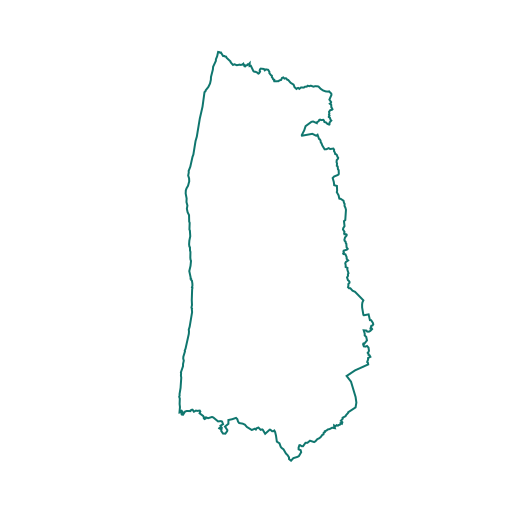 the district of Vangaindrano, Atsimo-Atsinanana, Madagascar, rotated 168°
{"feature_id": "10022922B74242760889111", "entity_name": "Vangaindrano", "entity_type": "district", "adm_level": 2, "iso_a3": "MDG", "parent_name": "Madagascar", "parent_adm1": "Atsimo-Atsinanana", "projection": "mercator", "projection_center": [47.342, -23.586], "detail": "fine", "context": "isolated", "style": "outline", "palette": "teal", "viewbox_px": 512, "rotation_deg": 168, "n_neighbors": 0, "source": "geoboundaries", "source_scale": "gbopen_adm2", "svg_char_len": 6069}
<svg xmlns="http://www.w3.org/2000/svg" viewBox="0 0 512 512"><g transform="rotate(168 256 256)"><path d="M264.3,48.5L261.5,50.5L257.1,50.9L255.6,51.4L252.6,54.7L252.7,56.8L254.5,58.0L254.2,59.7L252.9,61.9L252.3,61.9L250.9,60.5L249.5,60.2L246.4,63.0L244.5,62.6L241.6,64.1L237.8,61.9L236.4,62.4L234.1,64.1L232.0,64.6L230.3,65.5L228.4,67.2L227.1,67.5L226.5,69.1L225.3,69.4L225.1,70.3L223.4,70.6L221.8,71.4L220.0,71.4L217.2,72.2L214.7,71.2L215.0,73.0L214.8,74.0L213.7,72.9L212.3,73.8L211.2,73.0L210.3,73.5L209.1,73.5L208.5,73.9L208.1,74.9L206.9,74.0L206.1,75.4L207.2,77.2L205.0,78.8L204.9,79.8L201.7,80.7L200.9,81.7L198.5,83.4L198.3,84.0L190.1,87.2L188.3,91.7L187.9,97.4L189.2,113.3L192.3,119.8L182.7,123.6L168.8,126.6L168.7,128.1L169.3,129.2L167.9,131.4L167.6,132.9L165.1,133.6L165.6,135.3L166.5,135.9L166.3,136.7L166.9,138.0L165.7,139.0L165.2,139.9L165.0,143.0L166.1,144.9L167.7,144.6L169.3,145.2L169.6,147.2L169.4,147.8L169.1,148.1L168.4,147.6L165.0,150.4L165.0,154.0L166.2,155.7L165.8,157.5L166.1,160.9L163.5,160.1L163.1,159.1L162.6,158.8L161.3,158.5L159.7,159.0L157.6,160.4L157.9,161.2L159.0,161.4L157.7,163.8L156.5,163.8L155.5,164.8L155.6,166.3L156.6,168.9L156.9,169.4L157.9,169.6L158.0,175.5L162.8,175.6L163.2,176.1L162.9,183.6L162.3,186.5L161.6,188.4L160.2,190.3L166.6,200.4L168.8,202.0L170.4,204.8L171.7,205.1L172.5,206.4L171.9,207.4L171.5,209.4L170.2,210.3L169.9,211.1L170.2,212.1L171.1,213.3L171.4,216.1L170.1,217.5L169.9,219.1L169.1,219.9L169.5,223.7L169.0,225.3L170.6,226.6L170.2,228.4L170.2,230.4L169.3,231.5L166.8,232.5L167.9,234.4L167.6,236.1L168.2,239.1L170.0,239.7L170.2,240.4L169.3,241.2L169.5,242.4L169.1,243.0L165.8,243.3L164.8,243.9L165.6,245.7L165.1,249.2L165.5,250.0L165.4,251.5L166.1,252.3L166.2,253.4L165.1,255.6L163.1,257.2L162.9,258.1L163.6,258.7L165.0,258.9L165.1,259.9L164.4,261.2L165.4,263.9L164.8,265.2L163.2,266.8L162.7,271.8L161.2,272.6L158.4,282.5L158.5,284.6L159.0,286.6L158.5,288.5L158.9,289.8L158.9,291.9L161.4,294.4L162.5,294.7L162.6,295.3L162.6,298.1L163.7,301.7L163.1,302.9L162.3,307.7L164.8,309.0L164.5,312.2L164.8,316.3L163.1,317.5L159.3,318.2L158.3,318.6L157.9,319.3L157.3,322.8L157.8,323.8L157.5,326.6L158.2,327.4L157.5,329.7L157.7,331.1L157.1,333.0L155.5,334.2L155.2,335.1L155.8,336.3L155.8,337.7L156.4,338.8L157.3,339.2L157.4,341.0L157.9,342.4L157.5,343.6L158.0,345.0L161.2,345.2L162.5,346.4L164.9,345.8L166.7,346.1L168.2,350.4L168.5,352.7L169.0,353.5L168.9,355.5L169.3,356.8L170.0,357.4L170.6,361.8L172.1,361.1L175.5,363.8L186.0,364.1L186.1,364.7L182.7,368.9L180.5,372.7L173.9,375.7L172.2,375.7L168.9,373.3L168.5,374.2L166.7,374.8L165.9,375.9L165.0,376.1L164.1,375.4L161.8,375.2L161.4,374.4L161.2,372.8L159.8,372.1L158.7,370.4L157.1,369.3L156.8,369.4L156.3,371.3L154.2,372.8L154.8,373.8L154.9,375.7L155.9,376.8L155.7,377.5L154.9,378.0L155.2,379.3L154.6,380.1L154.6,381.8L153.1,383.2L151.4,383.2L150.7,383.6L150.9,384.7L151.4,385.6L151.0,388.3L152.1,389.6L150.9,390.2L150.5,390.9L151.7,393.7L148.7,397.9L148.6,399.2L150.3,401.8L150.6,401.6L153.6,402.5L156.0,404.0L158.0,406.1L159.6,408.7L160.3,409.1L162.8,409.8L164.6,409.7L167.0,411.2L168.5,411.0L170.1,411.8L171.1,411.1L172.9,411.4L174.2,410.8L176.9,411.5L178.9,410.5L179.7,411.6L180.6,411.6L181.7,411.0L183.2,413.1L183.6,415.8L186.1,418.2L187.9,421.5L188.8,421.9L189.5,423.4L190.1,423.7L191.3,423.6L192.2,425.0L193.6,424.7L194.8,423.0L196.6,422.9L197.7,422.3L201.8,423.1L201.9,423.6L201.5,424.6L202.5,425.3L202.8,426.9L203.3,427.6L203.0,429.1L203.8,429.8L204.9,432.1L204.6,433.3L205.4,435.6L207.5,436.5L208.8,435.8L209.4,437.3L212.4,438.3L213.3,437.7L214.0,436.3L213.7,435.5L215.0,434.1L215.8,433.9L216.8,435.3L218.4,436.4L219.4,436.6L220.1,437.4L221.5,443.1L222.8,443.1L222.1,445.9L223.5,444.9L224.3,445.2L224.8,444.5L226.3,444.4L227.2,443.7L227.8,444.0L227.6,445.2L228.3,445.5L228.4,446.7L229.8,446.0L231.8,446.2L232.2,446.6L235.1,446.6L237.2,448.0L238.8,447.7L240.5,450.7L240.5,451.6L243.5,455.9L243.8,457.2L244.9,457.6L245.3,458.2L246.6,458.4L248.0,462.3L248.8,462.2L249.2,462.9L250.6,463.5L252.5,459.4L254.3,456.8L254.7,455.2L258.6,450.0L259.4,447.4L262.8,440.5L263.5,437.8L265.1,434.3L267.5,431.2L270.8,428.5L271.2,427.6L272.3,427.0L277.3,413.1L282.4,402.1L289.1,385.0L291.2,381.1L296.2,368.2L297.5,366.2L301.7,357.0L304.2,353.2L304.4,351.7L305.6,348.8L305.3,345.9L305.8,342.9L307.9,338.8L309.9,336.6L311.0,334.8L311.8,331.8L311.9,326.7L312.8,323.2L312.6,319.6L313.8,316.6L313.8,313.0L313.0,309.9L314.2,303.6L314.0,302.2L315.6,295.8L315.4,294.5L316.2,289.0L318.0,284.9L319.0,281.4L319.2,279.0L318.8,278.3L319.4,275.1L319.3,273.6L320.6,268.0L320.8,266.1L320.6,264.7L322.1,260.0L324.4,255.1L324.4,248.5L324.7,247.3L324.2,247.0L324.3,245.8L323.8,245.1L324.0,242.1L324.4,240.0L325.2,238.6L324.8,238.0L325.4,236.7L328.0,226.2L328.8,221.4L329.9,218.8L329.5,217.9L329.8,217.4L330.2,214.3L335.6,200.6L337.1,197.9L337.2,196.3L337.9,193.8L344.2,180.0L345.4,178.2L345.3,177.5L348.0,172.6L348.5,170.8L348.4,168.6L349.8,165.6L350.3,163.4L353.7,157.7L353.6,157.1L354.3,154.6L354.4,152.5L357.2,142.7L359.5,136.8L359.7,135.4L360.4,134.3L360.2,132.3L361.5,127.1L361.8,124.0L363.4,118.8L362.8,118.8L361.8,120.1L361.0,120.2L360.3,118.8L361.7,116.9L361.6,116.4L360.4,115.9L357.7,118.6L355.9,118.8L352.4,117.9L352.0,118.6L350.4,119.0L350.0,118.8L349.1,116.6L346.9,117.3L345.7,116.7L343.2,116.5L342.8,115.5L343.9,113.9L340.9,110.5L340.6,109.2L340.8,108.1L340.2,107.2L339.1,107.5L338.8,108.6L338.5,108.6L336.6,107.3L332.5,107.7L331.3,106.9L327.5,102.1L324.7,101.8L323.6,101.1L323.2,98.3L326.0,97.4L325.7,96.1L326.5,95.2L327.4,95.5L327.8,95.1L326.1,93.7L325.7,93.9L326.4,92.2L325.2,89.2L322.9,88.6L320.6,90.7L320.2,91.6L321.8,95.6L317.9,97.6L317.1,101.3L313.3,101.3L309.2,101.8L308.2,100.3L308.0,97.8L307.2,96.1L303.9,94.8L301.9,93.3L300.5,90.7L296.3,86.7L293.0,87.3L292.2,86.3L291.1,87.4L289.3,87.7L287.6,85.0L286.0,85.1L285.5,84.6L284.0,80.2L278.7,83.3L278.1,83.1L276.7,81.3L275.6,81.0L274.4,81.5L273.9,80.0L273.8,76.0L274.2,70.1L272.0,67.9L271.5,64.2L270.9,63.0L269.3,61.2L267.8,56.6L266.5,54.6L265.6,52.2L265.9,50.5L264.3,48.5Z" fill="none" stroke="#0f766e" stroke-width="2"/></g></svg>